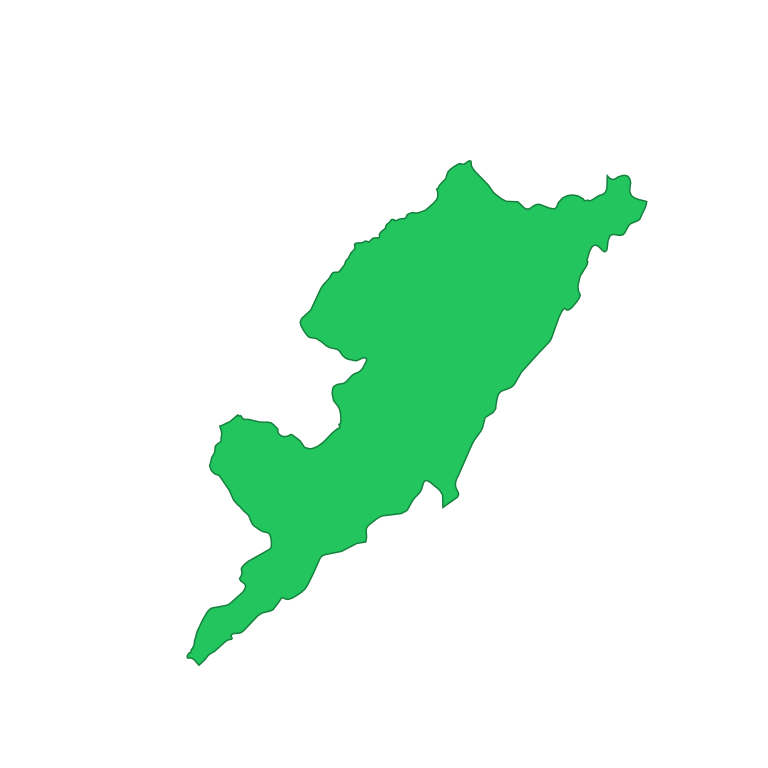 an SVG outline of Magway, rotated 234°
{"feature_id": "MMR-3276", "entity_name": "Magway", "entity_type": "Division", "adm_level": 1, "iso_a3": "MMR", "parent_name": "Myanmar", "parent_adm1": "", "projection": "albers", "projection_center": [94.956, 20.535], "detail": "fine", "context": "isolated", "style": "filled", "palette": "green", "viewbox_px": 768, "rotation_deg": 234, "n_neighbors": 0, "source": "natural_earth", "source_scale": "10m", "svg_char_len": 6142}
<svg xmlns="http://www.w3.org/2000/svg" viewBox="0 0 768 768"><g transform="rotate(234 384 384)"><path d="M377.2,703.8L375.0,701.5L373.3,699.2L367.0,687.8L366.9,686.7L367.0,685.1L367.7,681.7L368.3,679.8L368.7,677.6L368.3,675.0L364.7,667.4L364.3,664.8L365.9,661.8L370.2,657.6L370.9,655.8L371.0,654.0L368.3,649.5L362.2,643.9L361.6,643.1L361.2,642.3L361.0,641.2L361.4,640.1L363.2,639.3L367.7,638.7L370.0,638.0L371.8,637.0L372.7,635.4L372.8,633.4L371.6,630.4L370.7,628.6L364.7,620.7L363.0,620.7L360.8,617.8L355.8,605.8L349.2,598.4L344.7,595.9L342.3,595.5L340.4,594.9L338.8,592.6L337.4,588.9L335.3,580.4L335.4,577.0L336.5,575.2L338.0,575.1L338.9,574.7L339.0,573.3L338.3,570.7L335.0,564.5L322.3,546.0L321.0,543.1L318.1,527.3L312.8,502.1L307.1,489.2L306.7,487.2L306.6,484.9L307.4,481.0L308.8,476.4L309.2,474.4L309.0,472.4L308.0,469.9L305.6,466.8L301.5,462.5L298.5,460.0L297.6,457.7L296.8,455.3L297.4,446.1L290.7,438.0L288.8,434.3L285.6,424.3L283.7,420.2L266.0,390.0L265.5,388.7L264.0,386.2L262.4,384.2L260.2,382.3L258.0,381.3L252.4,380.2L250.6,379.3L249.3,376.9L249.5,359.1L259.5,366.0L261.9,366.4L265.7,366.6L277.4,363.6L280.4,362.2L281.5,360.6L281.5,359.5L280.8,357.8L276.9,352.7L275.8,350.7L275.0,348.4L273.9,342.1L272.9,338.7L268.5,329.2L268.2,327.7L269.1,321.7L277.9,305.9L278.9,302.8L279.2,299.2L278.9,289.5L278.4,286.8L277.5,284.9L275.7,283.3L270.2,279.8L266.9,276.4L271.0,268.4L273.5,251.4L280.4,236.4L281.1,234.0L281.1,231.4L280.4,229.6L271.7,214.4L266.4,204.4L264.5,199.4L264.0,193.9L264.6,184.6L265.9,180.1L266.9,178.9L268.2,177.8L270.4,176.7L271.0,175.7L270.9,174.7L270.7,174.1L269.6,171.4L266.6,161.4L267.3,158.3L270.1,151.7L270.6,148.1L270.6,145.2L266.9,125.4L266.9,122.7L267.4,120.8L270.4,115.8L270.9,113.7L270.4,112.5L269.3,112.0L267.5,111.7L267.2,110.6L268.7,107.1L268.9,105.0L267.3,89.9L267.9,84.5L267.7,82.0L266.3,77.1L265.2,69.1L269.1,68.6L270.9,68.6L272.9,68.3L274.8,67.4L275.7,66.8L276.4,66.1L277.5,64.2L278.3,64.2L279.6,64.8L280.6,66.9L280.9,68.1L280.8,69.2L280.6,69.8L280.6,70.4L282.1,71.5L282.3,71.8L282.4,72.2L282.7,73.6L282.9,74.1L284.2,76.5L285.5,77.9L287.7,80.0L293.5,87.2L299.8,98.7L303.4,106.9L303.9,108.8L304.2,111.7L303.6,113.7L298.3,124.7L297.4,126.9L297.1,128.3L296.9,130.4L298.6,147.4L299.6,150.1L300.6,151.8L301.8,153.2L303.0,153.6L304.6,153.7L308.6,152.4L311.3,152.6L313.5,157.1L314.6,158.0L316.3,159.0L317.9,159.6L318.9,160.7L319.7,163.2L320.2,166.1L320.3,170.4L317.5,194.6L318.1,196.4L319.3,197.7L321.8,199.7L325.3,201.7L328.0,202.7L330.3,203.1L331.7,202.6L332.5,202.2L335.6,199.3L338.4,197.9L345.6,195.4L348.1,195.2L352.0,195.8L354.6,196.6L356.8,197.1L358.8,197.0L364.2,195.8L369.9,195.3L372.4,194.6L378.5,194.1L389.1,196.4L406.9,196.9L410.6,194.3L415.0,193.4L417.2,193.9L420.5,194.9L421.7,196.8L425.6,201.2L428.0,206.3L429.5,208.1L431.8,209.9L432.9,211.3L433.3,213.2L433.3,216.7L433.7,218.7L435.6,220.0L438.5,223.0L441.0,224.5L446.5,226.4L445.8,228.3L444.5,235.6L444.1,236.8L444.9,247.6L443.7,247.4L442.6,249.4L441.6,249.6L440.4,249.3L439.1,249.4L438.1,249.9L437.5,250.4L437.0,250.9L434.7,253.9L425.9,261.4L421.5,267.4L419.2,269.7L416.1,270.7L410.4,271.6L409.3,271.3L407.5,270.0L406.3,269.6L402.8,270.1L400.1,272.3L398.4,275.4L397.9,279.1L396.4,280.0L387.5,282.7L381.1,282.6L380.6,282.5L380.1,282.4L379.1,282.7L378.4,283.1L377.1,284.4L375.1,285.8L373.8,288.5L372.9,291.8L372.5,294.7L372.6,301.2L374.8,313.5L375.2,319.9L374.5,322.7L377.8,323.8L377.5,325.5L381.3,328.8L386.6,332.0L390.0,333.3L392.9,333.7L400.1,333.4L406.7,336.4L410.2,339.6L411.1,340.8L411.4,341.6L411.4,342.5L411.4,343.9L410.9,346.4L410.3,347.7L409.8,348.5L408.5,351.2L408.1,352.7L408.1,354.6L409.8,363.5L409.7,365.1L409.3,367.6L408.6,369.7L408.5,373.1L409.3,376.1L412.7,382.8L413.8,384.2L414.9,384.6L415.9,384.3L416.7,383.8L417.6,381.6L419.0,375.3L420.4,373.8L425.3,369.4L427.4,368.2L431.1,367.2L432.9,367.2L436.5,367.4L438.7,366.9L439.9,366.2L445.5,361.4L448.5,359.9L455.0,358.2L460.3,356.1L462.0,354.7L464.9,351.6L466.3,350.8L468.4,350.4L469.6,350.3L474.8,350.4L480.5,351.3L482.7,352.2L483.1,352.6L483.7,353.1L484.9,355.0L485.5,356.4L486.8,368.1L498.6,389.4L500.1,393.7L501.2,399.8L501.8,402.1L502.7,403.9L504.0,407.2L504.0,408.1L503.7,409.1L502.6,411.0L501.9,411.9L501.3,412.7L501.1,413.1L503.4,421.5L504.3,423.2L505.2,424.2L506.0,425.6L506.1,425.8L506.8,429.1L507.1,430.0L507.8,431.0L508.4,432.4L508.9,433.3L509.2,433.6L509.5,434.4L510.2,438.7L510.4,439.5L511.3,440.6L512.1,441.1L514.0,442.0L514.3,442.5L514.5,443.2L514.1,444.7L513.5,445.8L511.3,448.8L510.8,450.5L510.8,452.1L510.5,452.8L510.2,453.4L507.6,455.5L508.4,459.3L508.4,460.1L508.2,461.3L507.3,462.8L505.4,465.6L505.4,466.1L505.6,466.7L506.4,467.4L507.6,468.1L508.0,468.6L508.9,471.4L509.1,476.7L510.7,478.4L511.2,479.2L511.4,479.7L511.5,480.3L511.6,483.7L511.9,484.8L512.6,486.2L512.5,486.9L512.1,487.6L511.1,488.7L510.5,488.9L509.5,489.0L509.1,489.6L508.8,490.6L508.5,492.7L508.1,494.0L505.9,497.8L505.7,498.7L505.9,499.9L506.6,501.0L506.9,501.4L507.3,502.3L507.2,503.3L507.0,504.7L506.0,507.5L505.2,508.7L503.9,509.8L503.3,510.5L501.7,514.1L500.2,519.8L501.2,530.4L502.2,534.8L502.9,536.1L503.9,537.5L507.4,540.1L510.7,541.2L510.6,542.8L512.1,545.6L513.1,550.0L513.4,552.4L513.6,553.7L513.9,554.7L517.2,559.1L518.1,560.8L518.4,562.1L518.7,564.5L518.7,568.5L518.1,574.0L517.9,574.7L517.5,575.1L515.7,576.6L515.1,577.4L514.9,577.9L514.7,578.6L514.7,579.5L514.7,583.0L514.6,583.6L514.4,584.1L513.9,584.8L513.0,585.3L509.4,583.1L508.2,582.8L506.2,582.5L502.1,582.6L483.8,585.3L475.5,585.1L472.6,585.5L464.2,588.1L459.9,590.3L452.7,599.4L442.5,601.3L440.2,604.4L440.1,610.4L439.9,611.6L439.5,612.8L438.6,614.7L436.7,616.3L429.6,620.8L426.1,624.0L425.6,625.2L425.5,625.9L425.5,627.9L426.8,629.2L428.3,631.8L429.5,638.0L428.4,643.6L425.8,648.0L422.6,651.1L421.2,652.0L416.9,653.9L416.3,654.0L414.7,653.8L414.1,653.9L413.8,654.5L413.2,656.6L411.0,658.4L410.5,661.6L410.2,668.0L409.2,671.2L408.7,673.8L409.3,676.5L411.7,679.7L421.3,687.1L417.9,687.4L415.2,689.1L414.0,691.3L414.0,694.7L412.9,698.3L411.7,701.0L408.9,703.4L405.3,703.4L401.6,701.7L398.6,698.6L395.1,695.9L391.0,694.9L387.5,695.9L383.8,698.3L377.2,703.8Z" fill="#22c55e" stroke="#15803d" stroke-width="1.5"/></g></svg>